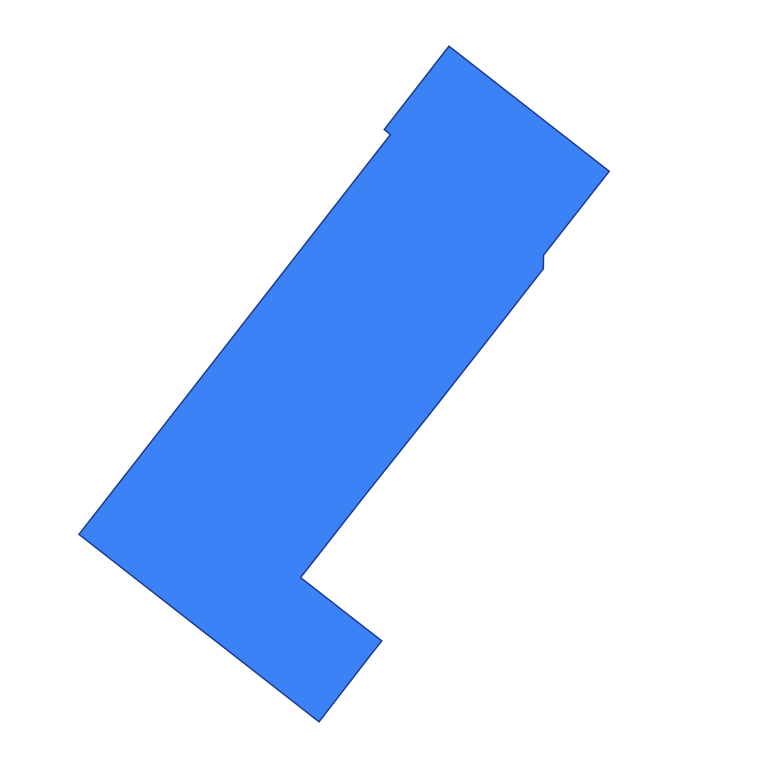 outline of Forrest, Mississippi, United States of America, rotated 218°
{"feature_id": "52423323B32098183633338", "entity_name": "Forrest", "entity_type": "district", "adm_level": 2, "iso_a3": "USA", "parent_name": "United States of America", "parent_adm1": "Mississippi", "projection": "orthographic", "projection_center": [-89.313, 31.172], "detail": "fine", "context": "isolated", "style": "filled", "palette": "blue", "viewbox_px": 768, "rotation_deg": 218, "n_neighbors": 0, "source": "geoboundaries", "source_scale": "gbopen_adm2", "svg_char_len": 464}
<svg xmlns="http://www.w3.org/2000/svg" viewBox="0 0 768 768"><g transform="rotate(218 384 384)"><path d="M227.2,77.8L227.7,162.9L227.6,180.2L279.6,180.1L325.8,180.1L330.6,179.9L330.5,205.3L330.5,282.2L329.5,390.7L329.3,488.6L329.4,572.9L337.6,583.8L337.5,690.3L480.0,690.2L507.6,690.2L540.8,690.2L540.5,584.7L532.5,584.4L531.9,181.8L531.8,77.7L379.3,77.7L358.6,77.8L279.4,77.8L274.8,77.8L227.2,77.8Z" fill="#3b82f6" stroke="#1e3a8a" stroke-width="1.5"/></g></svg>